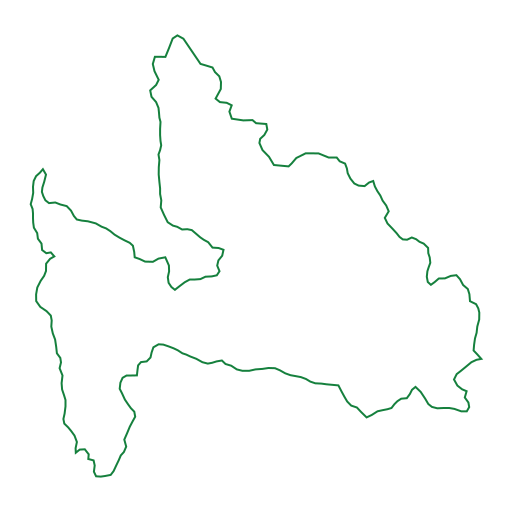 Bandeira, Minas Gerais, Brazil
{"feature_id": "56859067B30982506378095", "entity_name": "Bandeira", "entity_type": "district", "adm_level": 2, "iso_a3": "BRA", "parent_name": "Brazil", "parent_adm1": "Minas Gerais", "projection": "albers", "projection_center": [-40.598, -15.864], "detail": "fine", "context": "isolated", "style": "outline", "palette": "green", "viewbox_px": 512, "rotation_deg": 0, "n_neighbors": 0, "source": "geoboundaries", "source_scale": "gbopen_adm2", "svg_char_len": 4297}
<svg xmlns="http://www.w3.org/2000/svg" viewBox="0 0 512 512"><path d="M154.9,56.8L152.8,64.0L154.5,71.2L156.5,75.3L158.7,79.8L156.1,85.0L150.2,90.4L151.5,96.8L156.1,102.1L158.5,107.9L159.0,112.8L159.4,117.7L160.5,121.9L160.1,128.9L160.1,135.1L160.5,140.9L161.2,145.3L160.1,150.1L158.5,154.5L159.4,160.1L158.8,167.1L158.7,174.4L159.4,182.0L160.1,188.4L160.1,194.0L161.3,200.4L160.7,207.4L164.0,214.8L167.7,222.2L172.9,225.6L177.2,226.8L182.1,229.5L187.3,229.2L191.8,230.1L196.6,234.2L200.2,237.3L203.8,239.8L208.2,242.2L212.5,247.6L218.6,248.0L223.5,249.8L222.2,255.7L218.4,260.4L217.2,265.6L219.5,271.2L216.8,275.3L211.8,276.4L205.5,276.7L200.4,279.1L195.0,279.5L189.8,279.5L184.8,282.2L179.9,285.9L174.9,289.8L171.4,287.0L168.6,282.8L167.8,277.2L169.1,271.4L168.9,265.5L165.3,257.3L158.5,258.6L152.9,261.8L145.1,261.6L139.6,259.0L134.7,257.3L134.2,251.9L132.9,245.7L129.7,242.8L124.5,240.3L119.6,237.7L114.5,234.6L110.4,231.2L106.1,228.4L101.6,226.7L95.8,223.4L87.9,221.3L81.8,220.6L76.8,219.5L73.9,216.0L71.0,210.6L66.7,206.1L60.4,204.5L55.3,202.5L49.0,203.1L45.4,200.3L43.3,196.1L41.9,191.9L42.4,187.5L44.2,181.8L46.0,174.6L42.9,169.2L39.9,172.7L36.1,176.1L33.7,181.0L33.0,186.8L33.2,192.9L32.1,199.0L30.7,204.2L32.6,209.0L33.0,213.4L33.0,218.2L33.2,222.6L33.9,227.7L37.2,233.1L37.9,238.7L41.5,243.6L42.1,250.0L46.3,253.2L50.8,252.4L54.3,256.4L50.1,258.8L46.1,263.7L46.0,271.0L44.1,275.9L40.7,280.8L37.3,287.5L36.1,294.4L36.2,301.1L40.3,306.9L46.6,311.2L50.8,315.6L51.7,320.5L51.3,326.6L52.8,333.4L55.1,339.5L56.2,346.9L56.9,353.3L60.3,357.9L61.0,362.4L59.6,368.2L62.5,375.5L61.6,383.2L62.1,389.5L64.0,395.1L65.5,400.0L65.5,406.4L64.6,413.6L63.4,419.0L64.3,423.6L68.2,427.4L71.3,431.2L74.5,435.6L76.9,442.0L75.6,448.2L75.8,452.7L79.7,449.6L84.8,449.3L88.7,454.3L88.3,459.0L93.6,460.4L94.7,465.5L93.9,471.7L96.1,476.3L100.8,476.6L105.1,476.0L110.7,474.9L113.6,471.1L116.4,465.1L118.8,460.1L120.8,455.4L123.9,452.0L126.2,446.6L124.3,439.6L127.1,433.2L129.8,426.7L132.7,421.2L135.2,416.7L134.3,411.7L130.9,408.2L128.0,404.2L124.9,399.6L122.0,393.3L119.7,388.8L120.4,382.7L122.6,377.8L126.6,375.5L131.6,375.5L136.9,375.4L137.5,370.0L138.1,365.4L141.0,362.1L146.7,361.4L150.5,357.5L151.6,352.5L153.4,347.3L158.6,344.3L163.3,344.6L168.6,346.4L173.6,348.3L177.8,350.3L182.4,353.3L186.3,354.6L190.3,356.5L196.3,358.8L202.4,362.2L207.8,363.6L212.1,362.8L216.6,361.4L221.9,360.5L225.5,364.0L231.2,365.7L236.8,369.4L242.4,370.8L249.2,370.8L255.5,369.4L262.5,368.9L268.5,368.0L275.0,368.2L279.9,370.3L285.2,373.3L290.5,375.2L295.0,376.0L300.9,377.1L306.0,379.0L310.3,381.6L315.3,383.3L321.4,383.6L326.5,384.3L332.0,384.8L338.4,385.4L341.6,391.6L344.5,396.9L347.2,401.5L351.2,405.6L356.9,407.5L361.1,412.0L366.6,417.4L371.7,415.0L377.5,411.3L382.5,410.2L387.5,409.2L391.5,408.0L394.4,404.2L397.4,401.2L401.2,398.7L406.8,398.2L409.9,394.0L412.0,389.8L415.5,386.9L420.7,391.9L425.2,398.7L428.3,404.0L431.9,406.9L437.3,408.3L443.5,408.0L449.3,408.0L454.4,408.9L461.2,411.3L466.8,411.3L469.2,407.1L468.4,402.5L464.8,397.5L466.6,391.2L462.1,389.3L457.4,385.6L454.0,379.5L456.7,374.1L460.6,371.1L465.5,367.1L471.4,362.2L476.5,359.8L481.3,358.9L477.4,354.5L473.6,350.5L474.1,344.7L475.0,338.4L476.6,332.8L477.3,326.5L479.2,319.5L479.3,312.6L478.3,308.4L476.1,304.2L470.0,301.2L469.4,294.2L467.8,289.0L463.1,285.0L460.0,279.2L456.4,275.2L450.8,275.9L444.9,278.4L438.8,278.5L434.5,282.2L430.9,284.8L427.8,282.0L426.8,276.8L427.4,271.2L428.7,267.2L430.3,262.8L429.7,257.4L428.3,253.2L428.1,247.9L423.7,243.6L419.5,241.8L416.1,239.2L411.8,237.5L407.1,239.7L402.8,239.4L399.5,236.9L396.7,233.3L392.5,228.7L387.5,223.5L384.8,217.9L388.7,211.3L386.2,205.5L382.6,200.6L380.3,195.5L377.4,191.2L374.9,186.5L373.2,181.0L369.1,182.5L364.6,186.1L358.6,185.6L354.3,183.5L350.4,178.6L347.7,173.2L346.9,168.5L345.1,163.6L339.7,161.3L336.7,157.5L328.6,157.5L318.5,153.4L305.7,153.3L296.3,158.0L291.7,163.4L288.6,166.4L273.9,165.0L269.0,156.8L262.5,150.1L259.4,143.0L260.2,138.8L264.3,135.0L267.3,129.6L266.3,124.0L256.1,123.2L252.5,120.1L243.3,120.4L231.8,118.7L229.4,111.6L231.7,105.3L226.7,102.8L219.9,102.1L215.6,98.6L220.8,89.0L221.0,82.0L219.3,76.3L215.0,72.1L212.5,67.5L205.3,65.3L200.5,63.9L183.4,38.7L177.4,35.4L172.7,38.5L169.0,48.1L165.4,56.9L160.3,56.8L154.9,56.8Z" fill="none" stroke="#15803d" stroke-width="2"/></svg>